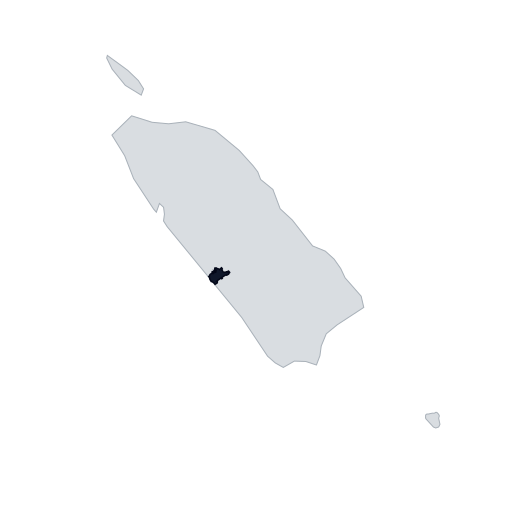 location of Barceloneta, Puerto Rico, rotated 229°
{"feature_id": "32010507B67293545491700", "entity_name": "Barceloneta", "entity_type": "district", "adm_level": 2, "iso_a3": "PRI", "parent_name": "Puerto Rico", "parent_adm1": "", "projection": "albers", "projection_center": [-66.554, 18.44], "detail": "fine", "context": "in_parent", "style": "filled", "palette": "ink", "viewbox_px": 512, "rotation_deg": 229, "n_neighbors": 0, "source": "geoboundaries", "source_scale": "gbopen_adm2", "svg_char_len": 2565}
<svg xmlns="http://www.w3.org/2000/svg" viewBox="0 0 512 512"><g transform="rotate(229 256 256)"><path d="M347.6,214.3L353.4,218.2L359.0,217.6L354.4,209.5L358.6,209.5L394.7,214.4L417.9,222.7L441.8,226.6L443.4,254.1L425.1,265.3L413.1,276.8L403.4,291.0L377.7,307.5L346.6,312.6L326.0,313.0L318.3,312.5L310.7,309.7L295.1,312.4L275.8,305.2L259.3,307.0L226.5,305.3L214.2,311.5L202.4,312.9L190.9,311.7L181.1,308.9L156.7,309.0L146.5,303.6L150.8,272.2L151.2,258.0L145.3,246.2L138.8,238.8L134.1,230.1L143.7,224.4L151.5,216.0L154.0,203.5L162.6,200.4L172.7,199.0L219.0,204.9L336.4,208.2L343.1,209.2L347.6,214.3ZM480.3,281.0L465.6,282.3L455.9,280.8L452.7,274.9L470.5,269.3L491.4,270.0L503.4,273.2L504.9,275.4L480.3,281.0ZM19.2,289.9L17.4,290.0L15.7,289.8L14.9,289.2L13.7,287.4L8.3,284.4L7.1,281.7L8.3,278.8L10.5,277.7L21.4,277.4L22.5,277.7L24.7,279.7L24.7,281.2L23.6,282.5L21.7,286.0L20.9,286.8L20.3,287.7L20.0,289.3L19.2,289.9Z" fill="#d9dde1" stroke="#a8b0b8" stroke-width="1"/><path d="M261.5,206.5L261.1,208.7L261.1,208.8L261.6,209.7L261.9,210.0L262.4,210.2L262.8,209.9L262.7,210.8L262.7,211.5L262.3,215.1L261.8,215.1L261.3,215.2L261.3,215.9L261.6,215.9L262.0,215.7L262.2,215.8L262.1,217.0L261.8,219.4L261.6,220.3L261.6,220.6L261.4,221.1L261.4,221.3L260.8,221.2L260.7,221.3L260.3,223.4L260.4,223.7L260.8,224.0L261.0,224.6L260.7,224.9L260.9,225.4L261.2,225.4L261.3,225.4L262.3,225.4L262.1,225.1L262.3,224.2L263.0,224.3L263.1,223.6L263.4,223.5L263.6,223.2L263.8,222.1L264.1,221.9L264.3,221.5L264.6,221.4L264.6,221.1L265.8,220.7L266.8,221.0L267.9,221.0L268.1,221.3L268.3,222.1L269.0,222.3L269.8,222.2L269.7,221.7L269.8,221.4L269.7,220.6L269.8,220.4L269.9,220.0L269.7,219.6L270.0,219.5L271.3,219.0L271.6,218.6L272.2,218.5L272.9,218.1L272.8,217.9L272.8,217.7L272.8,217.2L273.5,217.2L273.6,217.5L273.9,217.1L273.6,216.7L273.3,217.1L273.0,216.8L272.8,216.9L272.6,216.4L272.7,216.0L272.7,215.3L272.4,215.1L272.2,215.1L272.2,215.3L271.9,215.5L271.9,215.8L272.2,216.0L272.0,216.5L271.2,216.5L270.8,216.2L271.0,215.5L271.2,215.1L271.7,214.8L271.3,214.8L270.9,214.5L270.6,214.7L270.3,214.7L270.5,214.3L270.7,214.1L270.9,213.8L271.7,213.6L272.1,213.4L272.9,212.7L272.7,212.2L272.2,212.1L271.7,212.1L271.3,212.4L271.0,212.8L270.8,212.7L270.8,212.1L271.8,211.2L272.1,210.4L272.2,209.4L272.0,208.6L271.4,207.8L271.6,207.2L271.5,206.9L271.3,207.0L270.7,206.9L270.2,206.7L268.6,205.9L268.3,205.8L267.3,205.7L267.1,205.7L266.2,205.4L266.0,205.5L265.1,206.2L264.5,206.3L264.4,206.3L263.3,206.6L263.1,206.6L262.9,206.6L261.5,206.5Z" fill="#0f172a" stroke="#020617" stroke-width="1.5"/></g></svg>